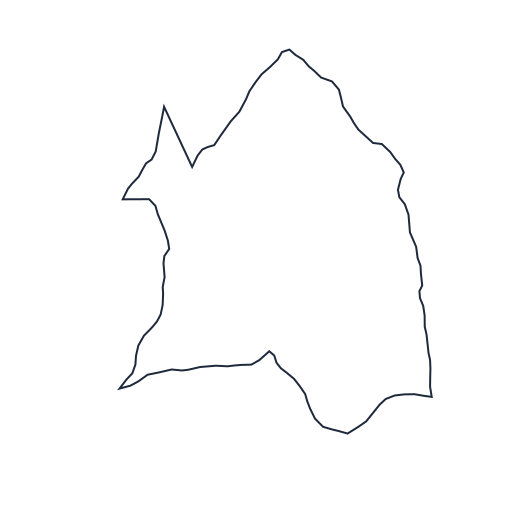 Pradópolis, São Paulo, Brazil, rotated 167°
{"feature_id": "56859067B17432749065074", "entity_name": "Pradópolis", "entity_type": "district", "adm_level": 2, "iso_a3": "BRA", "parent_name": "Brazil", "parent_adm1": "São Paulo", "projection": "orthographic", "projection_center": [-48.08, -21.346], "detail": "fine", "context": "isolated", "style": "outline", "palette": "slate", "viewbox_px": 512, "rotation_deg": 167, "n_neighbors": 0, "source": "geoboundaries", "source_scale": "gbopen_adm2", "svg_char_len": 1709}
<svg xmlns="http://www.w3.org/2000/svg" viewBox="0 0 512 512"><g transform="rotate(167 256 256)"><path d="M116.5,79.2L115.8,89.4L113.8,97.6L111.4,107.0L109.8,115.4L109.7,122.7L107.5,141.2L107.5,149.1L105.1,160.0L104.3,169.7L105.7,178.1L104.7,185.0L100.7,189.8L99.3,201.4L97.9,209.7L99.0,217.6L97.9,228.9L100.7,244.4L99.4,253.1L98.1,262.2L99.4,273.1L103.1,281.0L102.8,288.6L97.7,298.5L93.2,304.2L94.9,312.5L98.6,319.4L101.8,327.1L108.2,336.8L116.5,339.8L127.8,356.1L130.8,363.8L132.8,370.5L137.6,382.1L137.6,391.9L137.8,399.5L142.7,409.0L152.4,415.2L157.8,423.5L161.9,428.9L165.8,436.5L172.3,443.0L177.0,449.6L184.8,448.9L190.5,442.7L200.0,436.9L209.7,431.8L217.2,425.6L225.3,418.1L230.6,410.8L239.8,400.3L250.2,393.0L263.6,381.1L271.8,373.4L278.2,373.1L284.3,371.9L290.3,367.0L298.2,357.1L312.0,422.1L314.7,415.9L319.0,406.4L323.1,397.4L330.2,380.4L336.0,373.5L342.3,371.0L347.4,365.5L352.4,359.7L360.6,354.3L365.6,350.4L373.1,341.2L347.4,335.4L342.7,327.5L342.3,319.1L341.1,311.9L339.3,301.3L338.4,290.8L339.0,282.4L345.3,276.6L347.8,269.7L349.8,256.0L353.9,246.7L355.0,240.1L358.0,229.2L362.1,220.4L367.1,214.6L373.1,210.0L383.2,203.5L390.8,195.2L395.4,185.7L397.9,177.4L402.9,169.5L410.0,164.8L418.8,157.5L407.6,157.9L398.8,160.3L388.4,164.7L377.2,164.4L363.7,164.4L353.9,161.1L347.7,160.4L335.4,160.4L319.7,158.1L308.4,154.9L301.8,154.2L294.9,153.2L285.0,151.2L276.2,153.8L264.5,160.2L260.6,154.9L260.0,147.3L257.0,141.0L252.4,135.4L246.6,127.8L242.5,119.0L239.1,110.3L238.8,103.5L237.7,95.4L235.1,84.3L229.1,74.5L220.5,69.7L214.7,66.8L206.7,62.4L194.8,66.5L185.8,70.1L168.9,83.4L161.8,87.5L152.3,88.9L142.6,87.8L132.7,85.7L123.9,82.0L116.5,79.2Z" fill="none" stroke="#1e293b" stroke-width="2"/></g></svg>